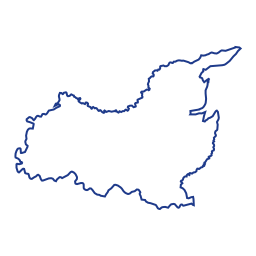 the district of La Tebaida, Quindío, Colombia
{"feature_id": "7082276B51797720548410", "entity_name": "La Tebaida", "entity_type": "district", "adm_level": 2, "iso_a3": "COL", "parent_name": "Colombia", "parent_adm1": "Quindío", "projection": "robinson", "projection_center": [-75.811, 4.441], "detail": "fine", "context": "isolated", "style": "outline", "palette": "blue", "viewbox_px": 256, "rotation_deg": 0, "n_neighbors": 0, "source": "geoboundaries", "source_scale": "gbopen_adm2", "svg_char_len": 5807}
<svg xmlns="http://www.w3.org/2000/svg" viewBox="0 0 256 256"><path d="M193.8,205.2L193.5,199.1L193.1,196.9L191.2,197.2L188.7,198.3L187.1,198.0L186.2,193.3L184.5,190.0L182.6,188.2L180.6,187.4L180.9,184.6L182.4,183.2L181.9,182.5L180.8,181.6L180.8,181.3L181.2,180.7L182.0,180.5L182.9,179.7L183.3,178.1L184.4,176.8L185.4,176.4L186.6,176.5L186.8,175.2L187.7,174.2L188.0,174.1L189.3,175.1L189.5,174.9L189.3,173.5L189.7,173.1L190.6,173.1L192.0,173.6L193.4,172.5L195.2,172.2L196.4,171.2L196.6,169.8L197.3,168.7L198.0,168.6L198.9,169.0L199.3,168.9L200.9,167.5L202.5,167.1L202.8,166.1L204.2,165.9L204.4,165.3L203.7,164.9L203.7,164.5L204.8,164.3L205.0,163.9L204.4,163.4L204.4,162.6L205.2,162.2L207.0,159.3L209.3,158.4L209.3,157.7L208.6,157.0L208.8,156.7L210.9,155.9L211.6,155.3L211.4,153.8L212.1,153.0L211.9,151.4L212.4,150.8L213.6,150.5L214.0,149.8L214.0,148.7L213.3,147.2L214.1,146.1L214.1,145.3L213.9,144.4L212.9,143.4L212.9,142.8L213.1,142.2L214.1,141.5L213.5,140.5L214.2,139.4L213.9,137.8L215.8,135.9L215.9,135.1L215.1,133.6L215.1,132.4L215.5,131.3L217.1,130.0L217.3,129.5L217.7,124.7L217.0,122.0L218.5,119.3L218.8,117.7L217.9,111.9L216.8,110.6L216.3,110.8L215.5,111.6L212.7,116.2L210.2,117.7L208.4,118.3L207.2,119.6L206.0,120.2L204.8,121.5L203.0,121.0L204.0,116.0L205.2,112.0L201.9,113.4L199.1,113.3L195.7,114.4L190.3,114.4L190.6,113.9L190.4,111.0L199.2,109.5L199.2,109.3L202.2,108.1L203.3,107.2L204.5,105.5L205.4,103.8L205.7,102.7L206.1,98.9L205.6,93.5L205.6,90.3L207.2,86.6L207.6,84.7L207.8,81.5L208.4,81.8L208.6,79.7L209.3,78.5L207.3,79.7L204.2,82.2L202.9,80.4L202.2,78.3L201.5,77.8L200.0,77.4L199.6,76.7L201.4,73.2L202.3,72.2L203.3,71.4L203.1,70.0L203.4,69.1L205.7,69.8L210.4,66.2L222.4,65.2L224.6,64.7L226.2,63.7L229.7,60.9L233.4,56.4L236.0,53.9L237.9,51.1L240.6,48.5L239.4,47.5L235.5,47.0L235.5,47.4L225.6,50.8L221.8,50.4L220.7,50.9L218.5,52.6L216.7,53.5L214.5,53.3L211.8,52.5L210.5,52.9L208.6,54.1L206.9,54.6L205.4,55.3L203.1,55.6L201.2,55.3L200.2,57.7L198.6,59.6L194.3,61.6L191.9,63.3L191.5,63.0L190.4,63.3L188.5,62.2L183.7,60.7L182.9,60.6L182.1,60.8L179.8,60.4L178.3,60.4L176.6,60.9L175.6,61.6L173.7,61.7L172.9,62.9L172.3,63.0L170.8,62.4L169.7,62.6L169.2,63.2L168.4,65.1L166.7,66.2L164.7,66.2L163.5,65.5L160.5,66.1L160.2,66.5L160.1,68.6L159.4,69.6L158.3,69.5L157.5,70.7L156.5,70.3L154.9,70.5L152.9,72.2L152.7,73.5L153.4,74.1L153.8,75.0L153.5,76.2L153.1,76.5L152.2,76.3L151.5,76.5L150.7,77.1L149.8,78.2L148.8,78.7L149.0,81.4L148.2,83.2L147.9,84.3L148.5,85.8L148.4,87.3L149.7,88.7L149.3,89.9L148.7,90.2L148.1,89.6L146.6,89.6L143.6,91.6L141.8,91.6L141.4,91.8L141.1,92.6L142.3,93.8L142.0,95.8L142.5,96.9L142.3,97.6L137.6,99.7L137.5,100.1L137.9,101.9L137.8,102.5L135.6,103.0L135.1,103.5L135.1,104.1L135.8,106.2L135.6,106.6L133.6,107.2L131.9,105.6L129.9,105.7L128.0,106.5L127.8,107.3L128.9,108.7L128.2,110.3L127.5,110.7L125.9,109.6L125.3,109.9L124.2,111.1L122.8,111.1L121.2,112.0L119.5,111.3L118.8,112.4L118.4,112.6L116.8,111.6L116.2,110.4L115.7,110.4L115.6,111.3L114.3,111.1L111.6,111.7L108.8,111.0L106.4,111.9L104.6,110.5L104.2,110.8L104.4,112.4L103.9,112.8L103.4,112.8L102.0,111.9L100.5,110.2L99.9,110.2L99.1,110.9L98.6,110.9L96.6,108.3L95.8,108.0L94.8,108.3L93.2,107.0L92.5,107.3L91.9,108.6L91.5,108.7L90.3,107.0L87.8,106.0L87.6,105.3L88.0,104.2L88.0,103.6L87.3,102.8L86.5,102.5L85.7,102.6L85.4,103.7L85.0,104.1L82.9,103.1L81.9,103.5L80.6,102.8L79.2,101.9L78.6,101.1L78.9,100.4L80.2,99.3L80.4,98.6L80.1,98.1L79.2,98.2L78.5,99.2L78.0,99.4L77.1,98.3L76.1,98.0L75.4,97.2L74.1,96.7L73.9,95.6L72.7,95.2L71.4,94.4L70.8,94.6L69.7,95.9L68.0,96.2L67.2,95.6L66.5,92.8L65.9,92.3L63.8,92.8L63.0,94.0L62.7,94.1L61.3,93.0L59.9,92.9L59.0,95.2L58.9,96.4L59.5,99.1L59.5,100.3L57.7,103.2L55.8,103.7L54.7,105.9L57.4,104.6L58.8,104.3L59.8,104.9L60.0,105.3L59.8,106.2L56.5,107.7L53.7,109.5L48.8,110.6L47.1,113.3L46.1,114.3L45.5,114.5L44.0,113.9L42.5,114.1L41.1,116.6L40.0,116.6L38.0,115.8L37.1,116.0L36.1,117.0L35.1,118.8L33.8,120.2L33.6,120.1L32.0,118.1L30.0,117.1L29.3,117.1L26.7,119.2L26.6,120.3L27.2,121.4L30.0,122.2L33.2,123.5L33.6,123.7L33.7,124.2L32.8,128.6L30.1,128.4L29.2,128.6L27.9,129.7L26.9,131.7L26.1,135.6L26.5,138.9L25.5,140.8L25.3,141.9L25.9,144.4L27.6,145.8L27.5,146.8L25.0,152.0L21.8,153.0L20.9,152.9L20.6,148.9L20.0,148.3L19.3,148.3L17.9,148.7L17.4,149.2L16.4,151.1L15.6,153.5L15.4,156.2L15.6,157.5L18.4,158.8L19.9,160.4L20.2,161.7L20.7,162.0L21.6,162.0L22.1,162.8L21.9,163.4L21.5,163.6L19.2,164.2L17.1,163.8L16.5,164.3L16.5,167.7L17.6,171.3L18.5,172.3L19.1,172.4L22.4,169.2L23.2,168.7L24.1,168.9L25.2,173.1L26.1,173.5L28.3,173.9L28.6,174.3L29.5,177.6L30.4,178.6L31.0,178.8L31.8,178.9L34.0,177.4L36.1,176.3L37.5,174.9L38.3,174.8L39.7,176.0L40.8,179.0L41.8,180.5L42.8,180.6L48.8,178.4L51.2,178.2L52.8,178.7L54.4,180.6L56.0,181.2L56.9,179.5L59.4,177.3L59.9,177.1L60.8,177.2L62.1,178.1L67.8,175.1L70.6,172.1L71.9,171.6L73.7,172.4L74.7,173.3L75.6,174.3L76.9,176.9L77.0,177.8L76.8,179.2L75.1,181.3L75.3,183.2L75.6,183.7L77.0,184.1L81.0,183.0L82.7,183.1L83.4,183.8L83.7,184.6L83.7,187.9L84.0,188.7L85.4,189.8L87.0,190.1L87.8,189.8L89.8,188.4L91.0,188.5L92.4,189.9L94.7,193.1L97.2,194.6L99.5,194.9L100.6,195.7L104.9,196.5L106.1,194.3L107.6,192.3L108.5,190.3L111.3,188.3L114.3,184.9L115.6,184.8L117.8,185.5L120.6,187.4L121.8,188.6L123.7,191.4L125.4,192.9L127.6,193.9L128.2,194.0L129.7,193.6L131.8,191.9L134.7,191.2L136.8,189.5L138.1,189.6L138.7,189.9L140.1,191.8L140.3,192.5L139.7,193.4L139.8,194.4L140.6,195.9L141.6,199.6L145.1,200.0L146.0,201.5L148.0,202.7L150.6,203.2L155.6,204.9L156.1,205.3L157.9,208.3L159.1,208.9L159.9,209.0L161.6,207.5L162.8,207.1L165.2,206.9L168.1,207.7L170.0,205.4L171.2,204.3L173.7,203.9L174.8,204.2L177.6,207.4L178.6,207.7L179.3,207.3L180.3,205.3L181.2,204.5L182.1,204.6L183.2,205.7L183.5,205.7L191.5,203.6L192.8,204.8L193.8,205.2Z" fill="none" stroke="#1e3a8a" stroke-width="2"/></svg>